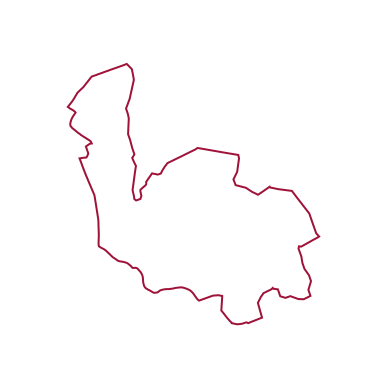 As Saddah, Ibb, Yemen (orthographic projection), rotated 71°
{"feature_id": "15242507B85155495853150", "entity_name": "As Saddah", "entity_type": "district", "adm_level": 2, "iso_a3": "YEM", "parent_name": "Yemen", "parent_adm1": "Ibb", "projection": "orthographic", "projection_center": [44.391, 14.166], "detail": "fine", "context": "isolated", "style": "outline", "palette": "rose", "viewbox_px": 384, "rotation_deg": 71, "n_neighbors": 0, "source": "geoboundaries", "source_scale": "gbopen_adm2", "svg_char_len": 4612}
<svg xmlns="http://www.w3.org/2000/svg" viewBox="0 0 384 384"><g transform="rotate(71 192 192)"><path d="M49.7,212.0L49.8,215.4L49.9,222.6L49.9,226.6L49.9,228.0L50.0,232.6L50.0,232.9L50.0,235.1L50.0,236.0L50.1,238.3L50.1,241.5L50.1,243.2L50.2,243.9L50.2,244.3L50.2,245.1L50.2,246.5L50.2,249.3L55.2,257.1L56.6,259.3L57.6,260.8L58.5,262.9L59.7,265.5L61.0,268.2L62.1,269.4L63.4,271.0L65.4,273.3L66.9,275.2L70.5,280.7L71.1,281.7L72.5,280.7L73.1,280.4L75.9,277.9L77.1,277.1L78.0,276.5L78.3,276.4L79.0,276.2L81.8,280.0L84.0,282.3L84.8,282.9L86.7,284.3L88.4,285.1L89.9,285.4L91.1,284.9L92.4,284.5L95.8,282.4L98.7,280.6L101.5,278.6L101.9,278.5L109.9,272.1L111.3,271.2L113.5,271.0L113.1,272.9L114.4,277.5L115.7,277.5L118.4,277.5L121.8,277.5L123.8,279.2L125.0,280.6L124.3,283.4L123.6,287.4L128.8,287.2L129.8,287.2L134.2,287.1L141.9,286.8L144.4,286.6L147.6,286.4L163.3,285.3L170.3,286.5L187.2,289.5L190.1,290.3L193.2,291.3L201.7,293.9L211.1,297.4L213.1,297.7L215.1,296.1L217.4,293.9L219.5,292.4L221.6,291.3L223.4,290.4L227.9,288.1L233.2,284.1L233.6,283.5L234.3,282.4L234.7,281.5L234.8,281.4L235.0,280.9L235.6,279.9L235.7,279.6L236.6,278.4L237.4,277.2L238.3,276.3L238.4,276.2L239.4,275.5L240.3,275.0L240.8,274.7L241.9,273.9L242.0,273.9L243.2,273.5L244.4,272.9L244.9,271.7L245.2,270.2L245.9,269.1L247.1,268.2L248.4,267.8L249.5,267.3L250.1,267.0L250.7,266.8L250.9,266.7L252.1,266.4L253.4,266.2L254.4,266.1L254.5,266.1L254.8,266.1L256.2,266.2L257.5,266.5L258.8,266.8L260.1,267.2L261.0,267.4L261.4,267.5L262.7,267.7L264.0,267.8L265.3,267.8L266.5,267.6L266.9,267.5L267.7,267.1L268.2,266.9L268.8,266.2L270.1,265.3L271.0,264.3L272.0,263.4L273.2,262.4L274.1,261.7L274.9,260.8L275.0,260.3L275.2,259.8L275.3,259.5L275.6,258.1L275.6,256.7L275.3,256.1L275.1,255.4L274.7,254.1L274.7,253.7L274.7,252.8L274.8,251.4L275.0,250.1L275.0,249.9L275.3,248.6L275.6,247.4L276.1,246.1L276.4,244.8L276.7,243.4L277.0,241.9L277.2,240.5L277.3,239.1L277.6,237.5L277.9,236.1L278.3,234.6L278.6,233.2L279.4,231.9L279.4,231.7L280.1,230.7L280.9,229.7L281.7,228.6L282.6,227.6L283.5,226.7L284.5,225.8L285.7,225.1L286.8,224.5L288.0,224.0L289.2,223.6L290.5,223.2L291.7,222.9L292.9,222.5L294.3,222.1L295.5,221.6L296.9,220.8L297.0,220.7L296.8,206.0L298.2,200.6L300.1,197.3L301.0,197.6L313.7,202.9L314.3,202.6L315.7,202.1L317.1,201.6L318.5,201.1L319.8,200.7L321.5,200.1L322.0,199.9L322.9,199.6L324.5,198.9L325.9,198.4L327.1,197.8L328.3,197.2L328.6,197.0L329.0,197.1L331.1,193.5L331.9,192.1L332.4,189.8L332.9,187.3L332.9,185.0L332.9,183.9L333.0,183.0L333.5,182.3L334.3,181.6L334.1,178.2L334.0,176.0L333.8,171.4L333.6,166.7L321.6,166.0L318.3,165.8L314.7,162.1L314.1,161.6L310.9,157.3L310.8,156.3L310.8,156.1L310.7,155.5L310.4,153.2L309.9,148.9L309.0,146.9L309.9,146.7L311.9,142.7L312.0,142.5L312.4,142.5L313.1,142.5L319.3,142.5L320.9,140.3L321.4,139.6L322.5,138.2L322.5,137.8L322.5,132.9L327.1,127.2L327.7,126.5L327.9,126.1L329.0,123.3L329.8,121.2L329.5,119.2L329.3,117.5L329.2,116.8L328.8,113.8L327.4,113.8L323.0,113.8L322.4,113.8L319.4,111.6L317.8,110.5L317.3,110.1L315.3,108.7L315.0,108.5L312.7,108.5L308.7,108.5L307.9,108.8L307.7,108.8L303.7,110.0L301.3,110.7L300.5,110.7L299.6,110.7L295.0,110.7L292.6,110.3L288.7,109.6L280.2,109.7L278.2,108.5L279.2,106.5L278.3,101.5L277.4,96.5L277.0,94.5L276.4,90.9L276.0,88.4L275.5,86.3L271.5,88.0L261.1,88.1L260.6,88.1L259.5,88.1L250.5,88.1L242.0,91.0L230.8,94.8L223.5,97.2L222.3,99.6L217.5,109.3L217.1,110.0L213.0,116.9L212.3,116.9L214.5,124.5L216.1,130.5L214.4,132.1L211.6,135.0L210.2,136.1L205.6,139.6L200.5,147.3L199.7,148.5L193.6,148.7L193.2,148.3L187.6,142.7L175.5,136.6L172.0,136.2L170.9,138.3L163.5,151.9L163.2,152.4L152.4,172.0L152.2,172.4L152.6,174.1L152.9,175.0L153.0,176.0L153.7,181.7L154.1,184.7L154.1,185.1L154.6,188.5L156.6,205.1L156.7,205.4L156.7,205.8L157.7,207.3L158.6,208.6L159.1,209.4L159.3,209.7L160.3,210.9L161.9,212.9L164.1,215.2L164.4,215.4L164.4,218.6L162.7,221.5L161.4,223.7L164.8,228.4L167.6,232.1L168.5,232.3L169.7,232.8L170.4,233.5L172.2,238.0L173.1,240.0L174.1,240.5L178.9,241.1L179.2,241.1L180.6,242.2L181.8,243.1L181.8,245.5L181.8,247.6L179.9,248.8L176.7,248.2L171.9,247.7L170.9,247.6L170.1,247.2L156.8,240.5L156.3,240.3L156.1,240.2L151.9,238.0L149.1,236.5L145.4,237.0L141.0,237.4L140.2,237.4L139.6,236.4L138.3,235.0L137.6,234.2L134.0,234.2L131.2,234.2L122.9,233.6L116.5,233.6L115.8,233.3L115.4,233.1L115.2,233.1L108.1,230.3L103.6,228.5L101.8,227.8L98.7,227.4L96.7,227.2L91.6,227.2L89.2,225.2L87.8,224.0L87.2,223.6L84.7,221.5L83.9,220.8L79.2,217.9L74.8,215.2L74.1,214.8L68.9,211.6L67.4,210.7L66.8,210.4L60.4,209.4L56.2,208.9L49.7,212.0Z" fill="none" stroke="#9f1239" stroke-width="2"/></g></svg>